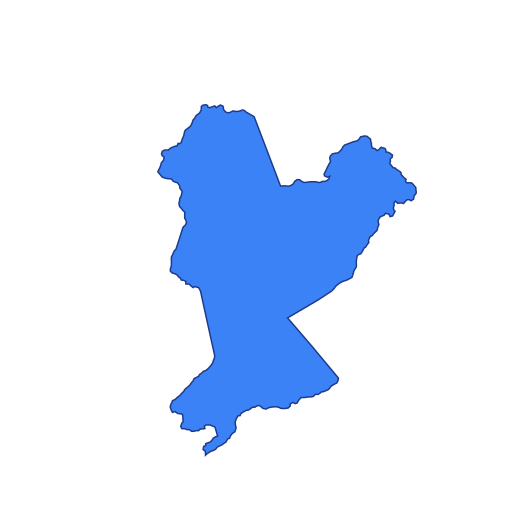 Jaguariaíva, Paraná, Brazil, rotated 49°
{"feature_id": "56859067B17690798383778", "entity_name": "Jaguariaíva", "entity_type": "district", "adm_level": 2, "iso_a3": "BRA", "parent_name": "Brazil", "parent_adm1": "Paraná", "projection": "orthographic", "projection_center": [-49.698, -24.34], "detail": "fine", "context": "isolated", "style": "filled", "palette": "blue", "viewbox_px": 512, "rotation_deg": 49, "n_neighbors": 0, "source": "geoboundaries", "source_scale": "gbopen_adm2", "svg_char_len": 4925}
<svg xmlns="http://www.w3.org/2000/svg" viewBox="0 0 512 512"><g transform="rotate(49 256 256)"><path d="M107.2,197.5L107.4,199.3L109.9,201.6L111.0,204.7L110.9,207.1L110.7,208.9L111.8,212.0L112.0,214.1L113.7,217.0L115.0,219.9L114.9,223.7L114.7,226.1L115.0,227.9L117.8,231.6L119.6,235.4L121.3,238.1L121.2,239.9L119.9,240.9L121.1,243.2L119.9,245.4L119.0,247.9L118.4,250.3L118.5,252.6L116.1,255.4L115.5,258.1L117.0,260.4L118.8,261.0L121.0,260.4L123.1,262.9L123.5,266.2L125.0,268.3L126.4,270.9L127.3,273.3L128.1,274.9L130.4,274.9L132.9,275.0L135.3,274.9L137.3,273.6L139.1,272.4L140.7,270.9L142.6,269.2L145.0,269.5L146.9,268.7L148.9,267.4L151.2,267.3L153.3,267.8L154.9,269.0L156.9,269.1L158.8,269.4L160.9,272.1L162.0,273.9L162.5,275.7L164.0,277.3L165.8,279.7L168.5,281.2L170.9,281.1L173.6,281.3L176.1,280.9L179.0,283.6L180.8,285.1L183.0,285.4L185.3,286.7L186.3,289.0L186.3,291.5L186.9,293.2L187.9,294.6L198.3,311.8L198.5,314.1L199.2,315.9L200.2,317.8L201.3,320.5L202.7,321.9L204.3,323.1L206.1,324.7L207.9,326.3L209.3,328.7L211.0,330.5L213.4,330.5L215.1,329.6L216.7,328.5L218.9,328.0L221.2,328.1L223.4,327.6L225.1,328.2L226.9,326.5L229.2,325.6L231.0,327.3L233.5,324.8L235.9,324.7L238.6,324.2L238.9,322.1L240.5,321.3L242.3,320.0L246.3,321.0L252.8,324.6L289.1,344.4L295.2,347.7L302.2,351.5L304.0,352.5L305.6,354.0L306.6,356.2L308.2,358.7L309.2,362.5L309.5,365.3L309.6,367.4L309.3,369.5L308.5,371.3L308.7,374.3L308.4,376.5L309.2,378.2L308.6,380.4L307.9,383.1L309.0,385.6L309.2,387.3L310.1,391.2L310.0,395.3L310.1,397.7L310.8,399.3L310.9,402.6L311.3,404.8L311.1,407.9L311.2,411.3L310.4,413.9L311.6,416.0L312.2,417.7L313.5,419.7L316.5,421.0L319.2,421.7L320.3,419.1L322.1,418.8L323.7,418.3L325.5,416.5L327.3,415.4L329.2,416.6L331.4,418.3L333.1,419.5L333.5,421.7L335.3,424.7L337.8,425.2L339.5,423.1L341.8,422.0L343.4,420.2L345.9,419.7L347.4,418.1L348.6,415.7L350.2,413.9L349.9,412.1L352.7,407.8L350.7,406.9L350.7,404.5L353.7,401.3L355.6,400.5L358.2,399.2L366.7,403.1L365.7,405.8L365.5,408.2L366.2,410.1L366.3,412.7L364.6,417.1L366.1,418.4L365.3,420.4L367.4,422.9L370.0,422.3L371.4,423.3L373.2,424.8L373.1,422.7L373.4,420.6L373.7,418.5L375.0,415.1L375.3,412.9L374.8,410.4L376.1,405.9L376.4,402.8L376.7,400.5L375.5,397.7L376.2,395.5L375.1,393.6L374.4,390.4L374.8,387.2L372.7,383.8L369.8,382.2L367.5,380.6L365.7,377.1L364.8,374.2L366.0,372.8L365.0,370.5L365.4,367.8L366.1,364.6L367.2,363.0L367.7,360.6L367.7,357.9L369.4,356.1L369.6,354.1L370.7,351.8L373.2,351.0L375.5,350.8L378.1,348.8L378.8,346.1L379.8,344.0L381.2,342.0L383.0,339.7L385.3,337.9L387.0,337.4L388.8,335.8L390.4,333.7L391.8,331.5L391.7,328.7L390.2,327.5L390.6,324.2L393.0,323.4L393.9,321.5L392.9,318.6L392.4,314.8L394.6,312.3L396.4,309.5L397.5,308.0L398.7,306.5L399.6,304.9L399.3,302.1L401.1,300.0L401.5,297.9L401.5,295.9L402.7,293.9L403.5,291.6L404.3,289.0L404.1,287.1L403.5,285.1L404.0,281.7L404.8,278.3L403.8,275.7L402.2,273.9L360.0,273.0L358.3,273.0L323.4,272.8L329.9,238.0L332.1,221.6L331.7,218.1L331.1,215.5L331.2,211.2L331.8,208.3L332.6,205.9L333.7,203.5L335.1,197.7L333.2,194.3L331.6,192.2L330.0,187.5L328.7,186.1L326.3,184.3L325.0,182.8L323.8,181.6L322.1,179.2L322.3,177.4L323.1,175.3L322.0,171.8L320.9,169.4L321.2,167.6L320.4,164.7L319.7,161.8L318.0,160.9L316.3,157.4L316.8,154.5L316.3,152.5L316.1,147.9L313.9,144.7L313.1,142.9L311.4,141.8L309.7,141.0L308.5,138.8L308.0,136.6L308.6,134.4L309.3,132.7L308.7,130.4L311.6,128.1L314.2,129.0L315.4,126.7L313.5,121.7L311.2,121.7L309.6,120.5L308.3,118.4L306.5,117.2L306.0,114.8L309.3,114.4L311.2,111.4L313.2,110.2L312.8,107.7L312.5,105.4L314.0,103.3L316.0,102.8L316.5,99.8L314.4,97.3L313.8,94.1L312.6,92.9L311.1,92.0L309.0,90.4L307.0,90.5L305.3,90.4L303.2,90.5L301.2,92.3L299.5,94.3L297.6,94.2L296.6,92.4L293.9,92.9L289.7,93.0L288.1,91.8L286.4,92.1L284.5,92.6L282.9,93.2L281.2,93.1L279.1,94.7L276.8,94.4L273.8,94.4L273.0,92.7L270.7,90.8L270.9,88.6L269.4,86.8L266.4,87.4L264.2,88.3L262.8,89.7L261.3,88.5L259.5,88.1L257.8,89.1L256.0,90.3L256.3,93.4L255.9,95.5L253.0,95.8L250.9,97.4L248.2,96.3L246.7,95.0L244.9,94.3L243.0,92.9L238.5,93.7L236.6,95.3L234.7,98.9L235.5,101.9L235.4,104.3L233.7,107.4L231.7,112.9L230.4,116.4L230.7,119.0L231.7,121.2L232.0,124.3L231.9,126.6L230.2,129.1L229.0,131.5L229.4,134.6L230.6,136.2L232.1,137.1L233.8,137.8L234.3,140.0L236.0,144.2L237.5,147.5L238.9,150.9L240.5,151.7L243.4,150.4L244.2,148.1L245.7,150.5L245.5,153.7L244.7,155.3L243.4,156.6L242.6,159.2L241.3,160.8L239.0,162.3L237.6,164.0L235.7,166.2L233.5,169.5L232.0,171.6L229.9,172.5L227.2,173.0L225.4,174.7L225.0,177.5L226.0,180.6L225.7,183.4L224.8,185.5L223.3,186.9L221.7,188.5L219.3,191.6L149.6,166.0L140.7,169.1L138.4,169.3L136.8,170.6L136.0,173.1L134.5,175.5L133.0,177.0L131.5,178.0L130.5,181.7L129.5,183.2L127.6,184.4L124.2,184.4L122.9,183.5L121.2,182.6L118.7,183.8L118.1,186.9L118.0,188.7L115.7,188.6L114.5,191.5L113.5,193.8L112.1,194.7L110.6,193.8L108.8,194.7L107.2,197.5Z" fill="#3b82f6" stroke="#1e3a8a" stroke-width="1.5"/></g></svg>